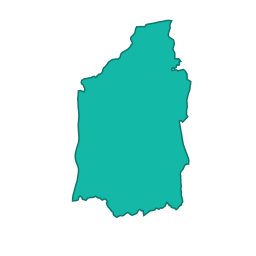 the district of Rio dos Bois, Tocantins, Brazil, rotated 161°
{"feature_id": "56859067B30920938893313", "entity_name": "Rio dos Bois", "entity_type": "district", "adm_level": 2, "iso_a3": "BRA", "parent_name": "Brazil", "parent_adm1": "Tocantins", "projection": "orthographic", "projection_center": [-48.454, -9.239], "detail": "fine", "context": "isolated", "style": "filled", "palette": "teal", "viewbox_px": 256, "rotation_deg": 161, "n_neighbors": 0, "source": "geoboundaries", "source_scale": "gbopen_adm2", "svg_char_len": 3734}
<svg xmlns="http://www.w3.org/2000/svg" viewBox="0 0 256 256"><g transform="rotate(161 128 128)"><path d="M67.8,119.2L68.2,120.9L68.3,122.5L67.5,123.7L67.0,125.2L66.4,126.7L65.3,128.3L64.6,130.3L64.0,132.6L63.4,135.3L62.1,137.1L61.1,138.9L59.9,140.8L58.4,142.5L57.2,143.9L56.3,145.7L55.6,147.7L54.4,149.4L53.6,151.5L54.9,153.2L56.3,154.7L55.7,156.7L55.1,158.0L54.7,159.7L54.9,161.5L55.5,163.6L56.5,165.2L58.6,165.5L60.9,165.8L62.4,165.8L63.3,167.2L65.5,167.9L67.5,167.8L67.6,169.3L66.3,170.5L64.7,169.2L62.8,169.6L61.4,171.7L59.4,170.8L58.4,171.7L58.4,173.7L56.4,173.7L56.9,175.3L57.5,177.0L59.5,177.4L61.2,178.6L60.3,180.6L59.9,182.1L59.4,183.6L59.5,185.2L59.9,186.6L59.7,188.4L58.4,190.2L57.1,192.0L56.5,194.0L56.4,196.6L57.7,198.1L58.6,199.4L59.8,201.1L59.5,203.3L58.5,204.9L57.3,206.5L56.2,208.0L55.4,209.6L55.2,211.3L53.7,213.2L51.8,215.1L55.2,216.8L61.6,217.7L63.7,218.1L66.4,218.4L69.4,218.7L76.1,219.8L77.5,219.6L79.0,218.3L80.6,218.8L82.0,219.4L83.6,219.9L85.1,220.2L86.8,220.9L88.5,219.2L89.6,217.3L90.5,215.8L91.9,214.6L94.1,213.6L95.8,212.7L96.6,211.0L96.4,209.3L96.0,207.9L96.4,206.3L98.1,205.4L99.1,204.3L100.4,203.5L101.9,202.8L104.2,202.1L106.2,201.8L108.1,201.4L110.0,200.8L111.4,199.2L112.7,197.1L114.4,196.7L115.7,196.4L117.0,197.3L118.5,197.3L120.5,197.8L122.3,197.4L123.7,197.0L125.3,196.4L126.8,195.2L128.3,194.2L129.7,193.3L131.4,192.8L132.7,191.4L133.4,190.1L134.7,188.7L136.3,188.0L138.1,188.3L140.4,187.2L142.0,186.2L143.2,187.9L145.1,188.0L146.5,187.4L148.4,188.0L150.8,188.2L153.0,188.7L154.5,188.5L156.4,188.0L157.5,186.1L157.3,184.6L156.3,183.4L156.2,181.3L155.9,179.2L156.8,177.7L157.9,176.4L159.3,177.6L160.6,178.9L162.9,179.2L163.6,177.3L164.3,175.6L165.1,173.7L165.9,172.2L166.3,170.8L166.8,168.9L167.4,166.7L167.9,165.1L168.4,163.4L168.8,161.6L169.3,159.7L169.7,158.1L170.1,156.5L170.7,154.6L171.7,152.5L172.7,150.1L173.7,148.1L174.3,146.4L174.7,144.8L175.3,142.9L175.8,141.1L176.2,139.5L176.7,137.8L177.2,135.8L178.1,133.1L179.0,131.3L180.1,129.5L181.6,127.6L182.8,126.0L184.0,124.2L185.2,122.4L186.3,120.4L187.1,118.5L187.7,116.2L187.9,114.5L188.0,113.0L188.0,111.3L187.9,109.7L187.8,107.6L188.1,105.3L189.0,103.0L189.9,101.0L190.7,99.4L191.6,97.8L192.6,95.9L193.6,94.1L195.1,92.2L196.3,90.5L197.5,88.7L198.4,87.3L199.4,85.7L200.4,84.3L201.7,82.6L202.7,80.5L203.6,78.6L204.2,77.1L202.4,76.7L200.4,76.2L198.5,76.3L197.1,78.5L195.6,79.3L194.7,78.2L194.1,76.9L194.3,75.5L192.7,74.4L191.2,73.3L190.0,74.1L188.7,74.7L186.7,74.7L184.9,74.1L182.7,73.7L180.9,74.1L179.4,71.9L177.5,71.0L176.9,69.7L175.7,68.2L173.8,68.5L172.3,68.2L171.8,66.5L171.2,65.0L172.7,64.2L172.8,62.5L172.6,60.1L171.4,57.5L170.7,54.7L169.5,53.0L170.1,50.9L169.1,49.0L167.7,47.3L165.9,47.5L164.2,47.9L162.0,46.8L160.1,46.9L158.6,47.6L157.3,48.0L155.5,48.2L154.3,46.1L152.7,44.2L150.5,44.2L148.5,44.4L146.8,44.9L145.1,46.8L143.2,47.1L142.4,45.4L140.6,44.8L141.0,43.1L141.3,41.7L141.5,40.1L139.9,40.6L137.9,41.3L136.2,41.7L134.1,42.5L132.1,42.1L130.6,41.9L129.2,41.8L128.3,43.1L126.7,42.4L125.1,41.1L123.2,41.9L122.1,41.1L120.5,41.4L118.4,42.1L117.0,43.5L115.5,45.0L114.8,43.6L114.2,41.1L112.8,40.7L112.9,39.1L111.8,38.0L110.1,37.1L109.1,35.1L107.3,35.7L105.6,36.9L104.0,37.7L102.5,37.8L101.9,39.3L100.3,40.3L100.0,42.1L99.6,44.1L99.6,45.8L99.4,47.5L98.7,49.2L98.2,51.5L97.7,53.8L96.5,55.4L96.2,57.4L95.8,59.5L95.0,61.4L94.6,63.5L93.8,65.2L93.6,66.9L93.1,68.4L92.2,69.5L90.8,70.4L89.1,71.4L87.7,73.0L86.4,74.4L84.4,74.8L82.5,74.2L81.2,77.1L80.8,79.4L80.9,82.5L80.9,84.8L81.0,86.4L81.0,88.6L81.1,90.2L81.1,91.6L81.1,93.4L81.1,94.8L80.6,97.5L80.4,99.1L80.1,101.2L79.5,103.9L79.2,106.5L78.8,108.8L78.4,111.0L78.1,113.1L77.6,116.2L76.9,118.2L75.0,117.3L74.5,115.8L67.8,119.2Z" fill="#14b8a6" stroke="#0f766e" stroke-width="1.5"/></g></svg>